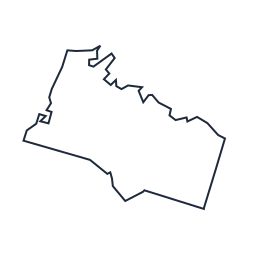 Murray, Georgia, United States of America (orthographic projection), rotated 107°
{"feature_id": "52423323B12443829653432", "entity_name": "Murray", "entity_type": "district", "adm_level": 2, "iso_a3": "USA", "parent_name": "United States of America", "parent_adm1": "Georgia", "projection": "orthographic", "projection_center": [-84.798, 34.786], "detail": "fine", "context": "isolated", "style": "outline", "palette": "slate", "viewbox_px": 256, "rotation_deg": 107, "n_neighbors": 0, "source": "geoboundaries", "source_scale": "gbopen_adm2", "svg_char_len": 875}
<svg xmlns="http://www.w3.org/2000/svg" viewBox="0 0 256 256"><g transform="rotate(107 128 128)"><path d="M69.5,200.0L71.5,208.7L88.8,208.8L112.9,212.3L121.7,212.3L126.8,208.9L134.8,211.1L135.0,205.8L146.8,205.4L147.2,213.8L140.6,210.2L140.7,216.9L150.7,217.0L159.9,224.1L170.7,224.2L169.6,155.0L177.9,134.4L175.6,132.0L181.1,128.5L188.0,125.5L198.6,109.3L184.5,94.9L182.8,94.1L183.2,31.8L181.9,32.0L142.0,32.0L140.6,32.0L123.2,32.1L110.6,32.2L110.2,32.2L109.7,32.2L108.4,39.7L100.1,53.5L97.2,65.2L104.4,73.1L100.8,75.1L106.5,84.8L103.8,92.0L97.2,92.5L94.7,106.2L89.3,114.6L90.6,117.9L98.9,120.9L89.3,128.7L84.9,126.5L87.3,140.4L92.7,145.6L91.4,151.4L85.6,153.6L91.9,157.1L88.4,165.3L81.4,161.8L78.5,166.3L65.0,161.2L61.6,165.5L79.4,179.0L79.3,183.6L74.0,185.1L70.7,177.6L63.1,180.2L57.4,178.5L64.2,185.0L69.5,200.0Z" fill="none" stroke="#1e293b" stroke-width="2"/></g></svg>